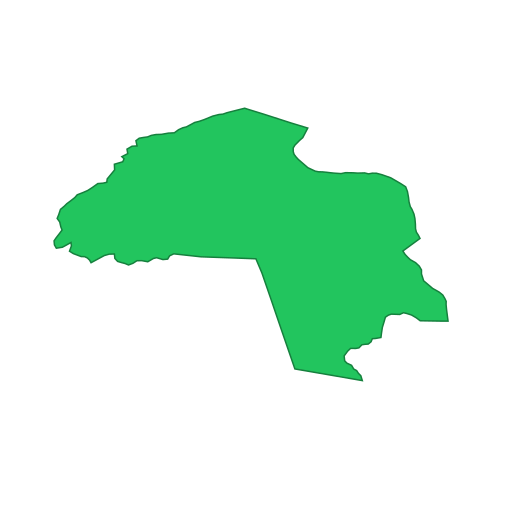 outline of Quixelô, Ceará, Brazil, rotated 237°
{"feature_id": "56859067B76728874600060", "entity_name": "Quixelô", "entity_type": "district", "adm_level": 2, "iso_a3": "BRA", "parent_name": "Brazil", "parent_adm1": "Ceará", "projection": "robinson", "projection_center": [-39.118, -6.155], "detail": "fine", "context": "isolated", "style": "filled", "palette": "green", "viewbox_px": 512, "rotation_deg": 237, "n_neighbors": 0, "source": "geoboundaries", "source_scale": "gbopen_adm2", "svg_char_len": 2394}
<svg xmlns="http://www.w3.org/2000/svg" viewBox="0 0 512 512"><g transform="rotate(237 256 256)"><path d="M93.6,277.3L98.5,278.7L101.9,278.0L105.1,278.0L108.0,276.4L112.3,276.6L116.6,273.9L119.8,273.3L124.2,275.5L126.3,281.1L127.0,285.0L124.1,289.4L122.9,292.3L123.9,296.4L122.6,299.3L121.0,302.2L121.4,305.8L123.3,308.5L121.8,311.2L119.6,316.4L122.8,319.1L127.3,323.1L130.4,326.8L134.2,331.2L134.3,334.8L133.5,337.9L131.1,341.3L128.7,344.7L128.1,348.8L125.7,351.1L121.8,354.3L116.8,356.8L112.3,358.4L100.5,375.9L96.8,381.6L107.2,386.6L111.8,389.0L114.4,390.8L117.2,391.2L121.5,391.4L125.9,390.0L132.6,386.5L143.9,383.1L150.8,385.0L154.2,387.2L158.6,387.4L163.5,386.2L168.9,383.4L172.2,382.6L176.1,381.9L180.2,381.9L181.4,403.1L185.0,403.5L188.6,403.5L191.9,404.6L196.0,407.1L200.9,409.7L205.1,411.3L210.2,412.2L213.4,412.3L218.0,413.8L222.0,415.8L227.5,418.1L232.5,419.2L237.9,416.8L248.2,411.6L255.6,405.9L259.8,402.1L262.1,398.7L263.6,395.1L266.5,392.4L270.1,386.5L273.0,382.6L277.1,376.5L278.8,372.2L282.7,367.0L285.1,364.0L287.6,361.0L290.4,357.5L292.4,354.5L294.9,351.9L301.8,347.6L313.9,344.1L317.5,343.5L320.5,343.3L323.3,344.1L326.4,346.1L327.8,349.1L329.2,355.5L329.8,359.7L335.1,369.1L348.3,358.0L370.9,339.6L383.6,329.0L386.1,327.0L390.6,313.8L392.0,309.6L393.0,305.5L394.8,302.1L396.9,295.9L398.6,286.9L399.9,281.6L401.4,277.3L401.7,273.5L402.2,267.9L403.4,264.5L404.1,259.9L403.8,254.6L406.8,249.4L409.5,243.0L412.4,238.2L414.2,233.8L414.9,230.0L416.8,226.0L418.4,222.2L418.1,218.1L413.1,216.2L415.6,211.8L415.9,206.0L411.7,204.2L412.4,197.6L409.4,198.3L407.6,195.6L410.1,187.2L405.2,184.3L401.7,173.2L399.1,171.0L400.4,167.4L402.9,162.8L402.6,156.0L402.6,150.6L403.4,145.7L404.7,139.4L403.7,135.9L403.2,130.4L402.9,125.8L402.2,122.5L401.6,117.4L398.0,112.9L395.8,109.7L391.4,109.9L386.8,108.2L383.4,107.5L381.6,102.6L380.2,98.5L378.7,94.9L375.1,93.0L371.3,92.8L368.8,98.4L368.5,102.2L368.1,108.2L365.0,106.7L361.6,102.2L357.5,104.1L350.7,109.1L348.8,111.9L346.2,113.5L343.2,114.2L340.2,114.0L339.0,129.0L337.5,133.9L334.8,138.3L330.8,136.3L326.8,137.0L323.5,139.8L321.0,142.1L317.9,144.2L316.9,148.8L316.9,153.6L314.2,157.8L310.1,162.1L309.8,168.6L308.7,171.7L303.7,176.0L301.5,180.2L303.2,183.6L302.6,188.2L285.3,209.4L265.2,238.1L253.7,254.4L238.5,251.7L209.5,244.5L196.1,241.1L180.6,237.2L140.1,227.1L93.6,277.3Z" fill="#22c55e" stroke="#15803d" stroke-width="1.5"/></g></svg>